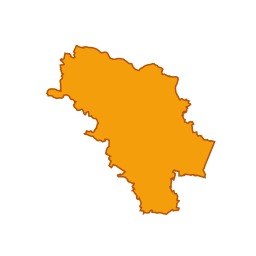 Majagual, Sucre, Colombia (Natural Earth projection), rotated 297°
{"feature_id": "7082276B64459562998455", "entity_name": "Majagual", "entity_type": "district", "adm_level": 2, "iso_a3": "COL", "parent_name": "Colombia", "parent_adm1": "Sucre", "projection": "natural_earth1", "projection_center": [-74.68, 8.557], "detail": "fine", "context": "isolated", "style": "filled", "palette": "amber", "viewbox_px": 256, "rotation_deg": 297, "n_neighbors": 0, "source": "geoboundaries", "source_scale": "gbopen_adm2", "svg_char_len": 5822}
<svg xmlns="http://www.w3.org/2000/svg" viewBox="0 0 256 256"><g transform="rotate(297 128 128)"><path d="M178.3,45.1L177.6,44.5L176.7,44.8L171.1,45.0L171.1,45.6L170.9,46.7L170.4,46.3L169.5,46.7L168.5,46.6L166.9,48.7L165.8,47.8L165.5,46.2L165.8,45.5L165.6,44.4L166.6,44.2L167.0,43.9L167.1,42.5L167.6,42.2L166.1,38.6L166.1,38.0L161.9,39.1L161.0,39.6L159.2,38.6L159.1,38.4L159.5,37.6L158.7,36.9L158.2,36.8L157.6,37.3L157.5,39.0L156.9,39.6L156.8,40.6L155.8,42.3L155.4,42.2L153.4,39.1L151.5,40.3L150.8,41.2L149.5,41.3L148.6,42.8L148.0,42.9L147.6,43.6L146.4,44.5L146.8,45.2L146.7,45.8L144.0,45.1L143.8,45.2L143.6,46.2L143.3,46.7L142.2,46.9L140.5,46.1L139.2,46.1L136.2,48.3L135.5,48.7L134.8,48.7L133.1,50.2L131.7,50.3L130.6,51.5L129.9,50.2L129.7,49.0L129.4,47.7L129.6,46.2L129.3,44.8L128.3,42.4L127.3,41.4L127.5,41.2L126.3,39.9L125.8,39.8L124.1,39.6L124.0,39.8L122.8,40.0L121.9,40.0L121.8,40.6L121.3,41.7L120.5,42.2L121.9,44.9L122.1,45.8L121.6,47.6L122.0,50.9L123.8,53.5L124.5,55.4L125.8,56.2L126.6,56.2L127.6,55.9L128.2,56.1L129.1,57.5L129.9,59.5L129.4,61.5L128.2,62.9L127.6,64.4L128.4,65.7L127.7,68.0L127.7,69.0L127.9,69.6L126.9,69.5L127.0,68.8L126.6,69.1L126.0,69.0L124.5,69.6L124.2,69.2L123.5,69.2L122.3,70.6L121.5,73.6L120.8,74.3L120.9,75.1L121.8,76.7L122.1,77.1L123.4,77.8L123.8,78.9L123.4,79.7L120.9,82.2L120.4,83.0L120.3,83.6L120.5,84.0L121.0,84.1L122.9,83.8L123.6,84.2L124.5,85.3L120.9,87.8L121.1,88.4L121.4,88.8L121.5,89.6L122.2,90.1L121.2,91.2L120.9,93.2L121.5,94.6L121.6,95.6L121.4,96.1L120.7,97.2L119.3,98.3L119.0,99.3L118.2,99.5L117.6,98.9L115.4,99.4L113.8,100.0L113.9,99.6L112.2,99.5L110.7,99.1L110.6,99.5L108.9,99.4L108.7,99.3L107.8,97.8L108.7,96.2L107.5,95.5L106.5,94.1L106.9,93.8L106.8,92.9L106.5,92.3L104.5,92.9L103.2,91.8L102.9,92.5L103.6,93.9L103.8,98.2L104.7,100.6L103.9,102.3L103.4,105.0L102.9,106.2L103.3,107.4L103.7,107.9L104.0,107.9L104.2,108.5L104.5,109.7L104.3,111.7L106.3,113.7L107.4,112.6L108.4,114.4L108.5,116.8L103.1,119.3L103.1,119.6L101.0,118.6L99.2,118.8L95.3,119.6L94.8,120.5L95.4,120.8L94.9,122.2L94.8,125.2L93.4,124.6L92.3,124.6L92.1,125.4L91.5,125.3L90.8,127.9L85.8,128.2L85.2,131.2L88.7,131.6L89.0,134.3L87.9,142.4L87.8,145.3L85.4,144.5L82.8,142.8L83.3,142.0L81.3,140.1L80.7,140.4L80.4,141.3L80.3,142.1L81.0,142.3L81.3,143.8L82.7,146.7L82.8,147.3L82.7,148.3L81.8,151.1L81.1,152.1L80.8,151.8L80.3,153.6L80.7,154.1L80.7,157.7L81.5,158.4L81.1,158.8L80.2,158.3L79.7,159.0L78.0,158.3L76.7,159.8L77.0,160.6L76.6,161.6L75.8,160.9L74.2,160.3L74.5,161.1L73.4,163.0L71.7,166.6L69.9,167.3L69.9,167.5L69.0,168.1L69.1,169.5L69.3,169.9L69.7,170.0L70.4,169.9L67.3,173.8L63.4,174.3L63.0,175.1L63.4,176.1L59.9,176.4L61.1,179.6L58.9,180.7L60.4,181.3L61.0,183.7L62.2,185.3L64.3,185.4L65.0,185.8L65.5,186.3L65.6,186.9L65.4,187.2L64.0,187.3L64.0,188.2L64.7,189.8L65.3,190.6L65.2,191.6L65.7,193.1L66.2,193.4L67.4,195.6L67.8,198.9L68.5,200.9L69.0,201.6L70.4,202.0L75.5,204.7L75.2,205.6L74.8,205.9L76.4,208.1L77.0,209.5L78.0,210.3L78.8,210.2L79.8,209.8L79.1,207.4L82.9,205.9L84.8,206.2L85.7,206.6L86.4,206.5L86.0,204.3L89.6,203.4L91.4,200.9L90.6,199.4L92.9,197.2L91.2,196.2L94.6,192.2L94.9,193.2L97.3,191.9L100.6,190.9L102.0,189.2L103.9,190.5L102.8,190.9L102.5,192.4L108.5,191.2L109.0,190.0L108.9,187.9L110.8,187.9L110.9,188.9L111.6,188.7L111.7,189.1L111.3,189.6L112.5,193.1L108.5,195.2L109.7,197.5L111.2,199.5L111.5,199.8L111.9,199.1L113.1,200.4L114.5,205.3L114.9,206.1L115.3,206.1L116.4,207.8L115.8,208.3L115.8,209.3L116.4,210.3L116.6,210.5L117.0,210.3L118.8,219.2L120.1,218.3L121.6,218.1L124.8,213.9L126.8,214.1L129.3,213.6L155.2,211.4L154.3,207.5L153.5,207.5L153.3,204.8L153.7,204.0L153.0,203.4L152.0,200.9L152.4,200.1L153.1,199.2L153.7,197.1L154.2,197.1L154.2,196.3L153.7,195.0L152.6,194.0L153.8,192.2L154.4,192.0L155.6,191.0L154.3,189.5L153.5,187.7L154.3,187.3L156.0,185.9L157.6,185.1L158.7,184.1L159.6,183.6L160.1,183.6L160.7,184.6L161.3,184.7L162.8,182.5L162.7,182.1L162.2,181.7L161.9,180.8L161.1,179.8L160.8,179.7L160.3,179.9L159.4,179.4L159.2,178.6L159.5,177.7L159.1,175.7L160.2,175.1L161.2,175.2L161.2,174.3L161.8,173.0L162.3,172.3L163.3,171.7L163.7,170.6L163.9,170.5L164.6,171.4L165.3,170.5L166.1,170.5L166.6,170.0L167.1,171.5L167.7,172.0L167.7,171.0L167.6,170.8L168.2,170.7L168.2,170.4L168.4,170.5L168.0,171.4L168.5,171.4L168.4,171.9L168.7,171.8L169.2,172.5L169.9,172.6L171.6,171.7L172.5,171.6L172.9,171.0L173.2,170.3L173.5,170.5L172.6,171.6L172.7,171.9L173.8,170.8L175.5,172.4L177.5,173.0L177.8,172.3L177.6,170.6L179.3,169.8L179.7,170.1L179.6,168.7L179.2,168.3L179.3,167.8L179.9,167.3L180.0,166.7L179.0,166.4L178.5,166.0L178.3,165.5L178.5,162.9L178.3,162.3L177.6,161.8L176.7,161.7L177.1,160.4L178.7,158.5L180.2,156.2L180.5,156.1L180.7,155.5L181.6,154.4L185.1,152.1L187.2,151.5L189.8,151.5L193.0,150.9L194.3,150.5L194.6,149.9L195.2,149.9L195.5,149.6L195.6,148.5L195.2,147.1L193.9,145.0L193.2,143.1L192.9,142.2L193.2,142.1L193.1,141.2L192.6,141.4L192.4,141.0L192.5,136.2L192.3,135.7L191.4,134.1L191.9,133.9L192.4,133.1L193.1,132.5L193.6,132.4L193.8,132.7L194.6,132.7L195.2,132.0L195.6,131.9L196.0,132.3L196.6,131.7L196.6,129.4L196.3,128.8L196.2,126.8L196.8,125.8L196.7,123.0L197.1,122.2L196.8,121.8L196.7,120.9L194.9,119.3L192.8,116.4L192.1,116.0L191.4,115.1L189.9,114.1L189.2,114.0L188.2,113.5L187.2,112.4L185.3,111.8L184.2,111.7L183.9,111.1L183.8,108.3L183.6,108.1L183.7,107.3L184.6,104.9L185.5,104.1L186.2,102.7L186.8,102.5L186.5,100.6L186.0,100.0L185.9,99.4L186.3,97.9L186.3,97.4L186.7,96.8L186.8,94.7L187.2,92.7L186.6,90.8L186.3,89.4L185.1,87.1L183.2,85.1L182.3,82.7L182.5,82.2L182.1,80.6L182.3,80.6L182.5,80.2L182.8,79.2L185.1,76.1L185.5,75.0L185.6,74.2L185.1,72.9L182.9,70.2L183.1,68.6L184.0,65.2L183.9,62.4L183.2,59.2L181.8,56.2L181.4,54.0L180.1,51.9L179.8,51.7L179.2,52.1L178.8,51.2L179.1,51.0L178.3,48.9L178.0,47.2L178.3,45.1Z" fill="#f59e0b" stroke="#b45309" stroke-width="1.5"/></g></svg>